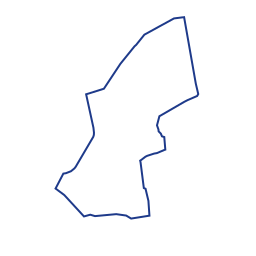 Etung, Cross River, Nigeria (Albers equal-area conic projection), rotated 162°
{"feature_id": "59680162B25131261753844", "entity_name": "Etung", "entity_type": "district", "adm_level": 2, "iso_a3": "NGA", "parent_name": "Nigeria", "parent_adm1": "Cross River", "projection": "albers", "projection_center": [8.782, 5.851], "detail": "fine", "context": "isolated", "style": "outline", "palette": "blue", "viewbox_px": 256, "rotation_deg": 162, "n_neighbors": 0, "source": "geoboundaries", "source_scale": "gbopen_adm2", "svg_char_len": 773}
<svg xmlns="http://www.w3.org/2000/svg" viewBox="0 0 256 256"><g transform="rotate(162 128 128)"><path d="M50.7,138.6L49.8,149.3L40.4,216.1L50.4,218.0L66.3,215.0L83.6,211.7L94.6,204.5L96.5,203.7L115.4,191.4L138.8,172.8L157.4,173.0L160.8,138.9L161.8,134.1L162.6,132.0L163.7,130.4L163.9,130.2L187.8,109.0L189.7,107.3L191.5,106.1L195.6,104.5L201.0,104.2L203.6,104.6L215.6,92.8L209.3,83.9L197.2,57.5L190.7,57.2L186.6,54.4L165.8,49.7L156.8,45.3L153.0,40.9L134.7,38.0L131.1,52.4L130.1,64.8L131.5,66.0L126.7,91.3L126.5,93.2L125.7,93.4L120.3,95.3L118.4,95.6L111.0,95.6L108.3,95.2L100.0,95.9L99.2,95.9L96.3,108.2L98.3,109.6L98.5,112.5L99.9,115.3L99.5,117.2L99.6,121.6L94.5,129.5L66.4,135.5L62.7,136.1L52.3,137.1L50.7,138.6Z" fill="none" stroke="#1e3a8a" stroke-width="2"/></g></svg>